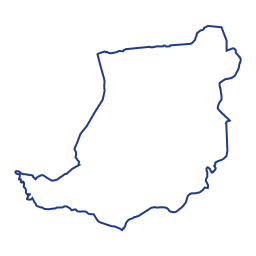 the district of La Union, Cartago, Costa Rica
{"feature_id": "36466004B23984119166299", "entity_name": "La Union", "entity_type": "district", "adm_level": 2, "iso_a3": "CRI", "parent_name": "Costa Rica", "parent_adm1": "Cartago", "projection": "robinson", "projection_center": [-83.995, 9.913], "detail": "fine", "context": "isolated", "style": "outline", "palette": "blue", "viewbox_px": 256, "rotation_deg": 0, "n_neighbors": 0, "source": "geoboundaries", "source_scale": "gbopen_adm2", "svg_char_len": 5743}
<svg xmlns="http://www.w3.org/2000/svg" viewBox="0 0 256 256"><path d="M220.6,27.2L208.0,25.9L204.1,27.9L204.0,28.9L203.1,29.7L202.2,30.1L201.7,30.2L201.1,30.2L200.6,30.5L198.8,31.7L198.3,32.3L198.1,32.3L198.0,32.5L196.8,33.4L196.6,35.2L196.3,36.4L195.8,37.2L195.5,38.0L195.3,39.2L195.1,39.7L194.6,40.4L193.6,41.4L192.6,42.6L190.7,43.8L170.3,45.4L169.9,46.2L169.0,46.4L166.1,46.5L165.8,46.4L164.9,45.6L164.2,45.5L163.7,45.7L163.1,46.3L162.6,46.4L156.7,46.4L152.4,47.3L150.9,47.3L149.9,46.8L125.6,49.2L124.7,49.9L124.2,49.9L123.9,50.1L123.6,50.3L123.3,51.1L123.1,51.3L119.2,51.0L118.0,51.4L116.9,52.1L111.8,53.2L110.1,53.2L109.1,53.0L107.8,52.5L107.2,52.0L106.8,51.9L106.0,52.3L105.5,52.1L104.7,51.5L104.4,51.5L98.5,53.6L97.5,54.3L100.2,64.8L104.1,78.8L104.6,81.5L104.2,86.0L104.6,91.0L102.7,99.7L94.5,112.7L86.7,126.2L80.5,133.8L77.6,141.5L74.4,149.1L76.1,152.4L76.1,155.4L75.6,156.4L75.5,157.3L76.3,158.1L77.1,159.5L78.0,160.7L78.4,161.1L78.9,161.5L78.9,162.7L78.7,163.7L78.7,164.5L78.8,164.9L79.1,165.0L72.4,168.7L66.4,174.0L65.3,173.9L64.1,174.6L61.9,176.3L59.3,177.8L58.8,178.4L57.3,179.5L55.4,180.1L55.0,180.1L53.7,180.6L51.8,180.6L47.1,177.9L43.6,175.5L41.7,175.1L38.0,176.7L36.7,177.8L36.6,178.1L36.1,178.6L35.4,179.2L34.8,178.6L34.4,178.0L34.0,177.5L33.2,177.1L33.0,175.9L32.5,175.5L31.5,175.2L29.6,175.1L29.0,174.8L27.6,174.7L27.4,174.5L26.7,174.5L25.3,174.2L23.5,174.2L22.4,174.0L22.1,173.7L20.7,173.2L20.0,172.5L19.6,171.9L19.1,171.6L18.3,171.3L17.5,171.2L16.1,171.2L15.7,171.4L15.5,171.6L15.4,172.3L15.5,172.6L16.2,173.4L17.0,173.9L17.6,174.1L19.3,174.2L19.6,174.4L19.8,174.8L19.8,176.4L19.4,177.8L18.9,179.2L18.9,179.3L20.8,179.4L20.8,181.7L20.8,182.0L21.6,182.6L21.9,182.6L22.2,181.5L23.1,181.6L23.6,182.0L24.0,183.3L24.1,185.0L23.6,186.3L23.6,186.6L24.2,187.3L25.1,188.1L25.1,188.3L25.5,188.8L25.9,189.8L25.9,192.4L26.3,193.4L27.1,194.3L27.6,194.3L28.3,194.1L29.5,194.1L29.8,194.2L29.8,194.7L29.1,195.2L28.5,195.4L28.2,195.9L27.9,196.1L27.8,196.6L27.8,197.3L27.4,197.9L27.1,198.5L27.1,199.1L27.6,199.4L28.3,199.5L30.6,199.6L31.1,199.4L31.6,198.6L32.2,198.5L32.4,198.2L34.6,202.4L35.4,203.2L36.0,204.9L36.7,205.8L37.6,206.3L39.0,206.7L40.4,207.4L41.9,207.4L42.5,207.6L43.3,208.2L43.8,208.7L44.4,208.9L47.4,209.2L49.1,209.2L50.7,208.9L51.6,208.9L52.1,208.7L52.7,208.7L53.0,208.6L55.1,208.5L56.6,207.7L57.4,207.5L60.5,207.5L62.5,207.4L63.3,207.1L64.1,206.5L65.0,206.3L66.0,206.3L67.0,206.6L69.1,207.9L69.9,208.2L71.4,210.0L71.8,210.3L72.6,210.1L74.0,209.5L75.3,209.4L76.0,209.8L77.2,211.2L78.5,211.5L81.2,211.6L82.4,211.4L84.1,211.4L86.1,211.7L86.4,212.1L87.0,212.4L87.5,213.1L89.0,213.9L90.6,214.2L93.6,214.3L93.8,214.5L97.6,220.6L99.7,222.2L111.8,226.3L114.5,226.4L119.6,228.5L122.1,230.1L122.9,228.9L123.1,228.7L123.4,228.7L123.4,228.3L123.7,228.3L124.5,227.3L125.2,225.8L125.9,223.5L126.2,222.9L126.9,221.7L128.1,220.4L128.2,220.1L128.5,219.9L128.8,219.9L129.9,219.1L131.5,218.7L132.5,218.4L133.5,217.6L134.6,217.0L135.7,217.0L136.9,216.4L138.3,216.1L151.6,207.6L152.6,207.6L153.9,207.2L155.2,207.2L155.4,207.4L156.5,207.5L158.1,207.5L161.0,207.3L162.8,207.3L165.0,207.5L166.5,207.9L167.9,208.9L169.3,210.7L169.9,211.2L170.7,211.7L171.3,211.7L172.2,212.1L175.1,212.1L175.6,212.0L176.5,211.5L177.5,210.7L178.1,210.4L179.4,209.1L181.5,207.6L183.7,205.3L184.1,204.6L185.1,203.5L185.7,202.6L186.4,200.8L186.8,198.9L187.7,196.1L188.2,195.6L189.4,194.4L190.5,193.9L190.5,193.7L191.4,193.4L194.7,193.3L196.7,193.1L197.4,192.8L199.2,192.6L202.5,190.4L204.7,187.5L207.8,188.0L208.1,186.0L208.0,185.0L207.4,184.1L207.4,183.9L206.9,182.9L206.8,182.5L205.8,181.1L205.8,180.1L205.9,179.8L206.1,179.4L206.1,179.2L206.8,177.5L207.2,176.8L207.3,176.4L207.3,172.9L207.2,172.8L207.2,172.3L207.0,171.9L206.9,171.2L206.5,170.4L206.5,168.9L206.7,168.3L207.3,167.4L207.7,167.3L208.0,167.5L208.6,167.8L209.9,169.0L210.2,169.5L210.6,170.7L211.4,172.0L211.8,172.5L212.4,172.6L212.9,172.3L213.1,171.6L213.3,171.6L214.2,170.9L214.4,170.5L214.6,170.4L215.0,169.7L215.6,168.9L215.6,168.2L215.5,167.8L215.1,167.3L215.1,167.1L214.6,166.2L214.2,166.0L214.2,165.7L215.0,164.9L215.2,164.6L215.3,163.9L215.3,162.6L215.6,162.4L216.4,162.1L216.5,161.9L217.7,161.4L217.8,161.2L218.4,160.9L220.5,160.3L222.0,159.7L222.8,159.3L224.2,158.3L224.6,157.7L225.4,157.1L226.3,156.1L226.5,156.0L227.4,150.6L226.3,123.6L225.9,123.4L225.9,123.1L226.2,122.5L227.3,121.3L228.2,121.0L229.5,120.9L229.8,120.7L229.5,120.4L229.0,120.1L228.9,119.8L227.6,118.5L227.4,118.2L225.7,116.8L224.9,116.0L224.6,115.8L224.5,115.5L223.6,114.6L222.5,113.8L222.3,113.5L222.0,113.3L221.9,113.0L221.6,112.9L221.2,112.3L220.9,112.2L220.7,111.9L220.5,111.7L218.4,109.4L217.7,108.3L217.7,107.5L218.0,106.7L218.1,105.9L218.8,103.9L219.7,102.0L220.3,101.5L220.4,101.2L220.6,101.0L221.2,100.1L221.6,99.3L221.6,98.1L221.5,97.4L221.5,95.5L221.2,94.4L221.1,93.3L221.0,93.0L220.8,91.9L220.6,89.2L220.3,88.6L220.3,88.2L220.1,87.9L219.9,86.8L219.8,86.6L219.7,86.2L219.6,85.9L219.6,83.6L219.8,82.9L220.1,82.8L220.3,82.5L221.1,82.0L221.2,81.7L222.7,81.0L222.9,80.7L223.5,80.4L223.7,80.1L224.8,79.6L225.6,79.0L227.6,78.9L228.1,78.7L230.4,78.3L230.6,78.2L231.0,78.2L231.5,77.8L231.9,77.8L232.1,77.5L233.6,76.8L233.8,76.6L234.1,76.4L234.3,76.1L235.0,75.5L236.5,72.6L237.0,71.8L237.7,70.3L238.1,69.7L238.2,69.0L238.5,68.7L238.7,68.0L239.1,66.4L239.1,65.2L239.3,64.9L239.3,64.2L239.8,63.2L239.8,62.8L240.1,62.7L240.1,62.3L240.3,62.1L240.3,61.8L240.6,61.1L240.6,60.8L240.6,59.2L240.4,58.3L240.1,58.0L240.1,57.7L239.6,57.0L239.3,56.9L239.2,56.5L238.4,55.8L237.2,54.2L236.4,53.5L236.2,53.0L235.8,52.6L235.8,51.4L235.7,51.1L235.7,50.4L235.5,50.2L235.5,49.8L234.7,49.2L234.5,48.9L234.0,48.6L233.8,48.4L232.4,48.4L226.6,50.7L226.6,40.6L221.4,27.1L220.9,27.1L220.6,27.2Z" fill="none" stroke="#1e3a8a" stroke-width="2"/></svg>